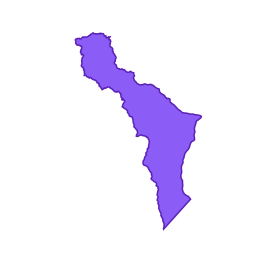 Puerres, Nariño, Colombia (Natural Earth projection), rotated 30°
{"feature_id": "7082276B46740439042483", "entity_name": "Puerres", "entity_type": "district", "adm_level": 2, "iso_a3": "COL", "parent_name": "Colombia", "parent_adm1": "Nariño", "projection": "natural_earth1", "projection_center": [-77.42, 0.8], "detail": "fine", "context": "isolated", "style": "filled", "palette": "violet", "viewbox_px": 256, "rotation_deg": 30, "n_neighbors": 0, "source": "geoboundaries", "source_scale": "gbopen_adm2", "svg_char_len": 5711}
<svg xmlns="http://www.w3.org/2000/svg" viewBox="0 0 256 256"><g transform="rotate(30 128 128)"><path d="M39.7,75.6L39.4,76.1L38.6,76.7L38.2,77.6L38.6,78.4L39.4,78.9L39.7,79.4L39.9,80.0L40.3,80.7L41.1,81.2L41.9,81.4L42.5,81.7L42.8,81.4L43.1,81.3L43.6,80.7L44.5,81.0L45.4,80.6L46.3,80.8L47.0,80.5L47.3,80.7L47.9,82.2L48.4,83.1L48.2,83.7L48.3,84.6L48.8,85.5L48.8,86.0L50.0,86.6L50.4,87.2L50.8,87.1L50.9,87.6L51.1,87.8L51.5,87.6L51.9,87.0L52.4,87.3L53.1,87.2L53.4,87.5L53.5,88.9L53.2,89.9L53.2,90.4L53.9,91.5L54.0,92.6L54.6,93.3L54.9,93.9L55.6,94.5L56.2,96.2L56.3,97.3L56.8,97.7L57.9,98.1L58.4,98.0L58.8,98.4L59.7,98.5L60.3,99.3L60.6,100.1L61.5,100.3L62.0,100.7L62.1,101.4L63.0,102.2L63.2,102.9L63.7,103.7L63.9,104.4L64.1,104.3L64.7,103.5L65.2,103.4L66.3,104.1L66.7,104.0L67.6,104.1L68.4,103.8L69.5,104.1L70.1,103.1L70.6,102.9L71.8,103.4L72.6,103.5L73.2,103.4L74.3,103.4L75.2,103.0L77.7,103.3L78.1,103.6L78.5,104.2L78.8,104.4L79.5,104.1L79.8,103.8L80.4,104.0L80.8,104.6L81.4,104.7L81.6,105.2L81.9,105.3L81.9,106.0L83.6,106.2L85.5,107.3L86.4,107.7L86.6,107.3L86.9,107.2L87.1,106.2L87.5,105.6L87.5,105.2L87.9,105.3L88.4,105.0L90.3,102.4L91.0,101.8L91.5,101.8L92.0,102.2L94.7,102.2L95.4,102.5L95.9,102.4L97.8,103.1L98.4,103.2L100.0,102.7L100.4,102.4L100.2,102.2L100.7,101.4L101.8,101.1L102.5,101.3L103.0,101.6L104.8,102.1L105.0,102.8L105.5,103.1L106.5,104.7L107.6,105.1L108.0,105.0L108.6,105.1L108.7,105.8L108.3,106.3L108.4,106.6L109.0,106.5L109.7,105.8L110.0,106.1L111.1,105.7L111.4,105.9L111.8,106.7L111.8,107.3L111.9,108.4L111.7,109.0L111.8,110.0L112.0,110.5L112.3,112.2L112.5,112.6L113.3,112.5L115.1,112.9L116.3,112.6L118.1,113.2L118.7,113.2L119.0,113.4L120.0,115.0L121.7,115.4L123.0,116.8L124.0,117.0L125.6,116.3L125.8,116.5L126.2,116.6L127.3,117.6L127.9,117.9L128.5,118.9L130.2,121.1L131.9,122.3L132.2,122.8L132.4,123.9L135.3,124.8L135.8,125.2L136.6,125.3L137.4,125.7L138.0,126.7L138.6,127.1L138.9,127.8L138.8,129.8L139.4,131.0L140.9,130.2L141.4,129.1L142.7,127.4L144.6,127.3L145.5,126.7L146.1,126.8L146.9,126.3L147.5,126.3L148.7,126.7L149.1,126.6L149.2,126.3L149.5,126.3L150.3,126.7L151.5,127.7L152.4,128.0L153.2,129.2L153.7,130.2L154.3,131.6L154.5,132.8L155.4,134.0L155.6,134.4L155.7,134.9L155.1,135.7L155.2,136.5L155.9,137.7L156.2,138.6L156.2,139.9L156.0,140.4L156.1,140.9L156.4,141.5L157.0,141.7L157.3,142.1L157.1,144.3L157.2,145.6L157.8,147.2L157.6,148.8L158.1,150.0L158.9,151.4L159.6,151.9L160.3,152.2L161.1,152.1L162.2,151.6L163.8,151.9L164.5,151.8L166.6,153.3L168.8,154.5L169.9,155.1L170.6,155.0L170.9,155.1L171.3,155.7L171.3,156.2L171.6,156.8L172.6,157.3L173.0,157.8L173.3,158.7L173.2,160.1L173.7,160.6L174.4,160.9L175.6,160.9L177.5,161.4L178.3,161.2L179.6,161.2L180.1,161.6L180.6,162.1L181.0,162.8L181.1,163.6L181.3,163.9L181.7,164.0L182.9,163.8L183.4,164.0L183.8,164.5L184.1,165.4L185.0,166.1L185.4,166.7L185.3,167.3L185.4,168.0L186.7,171.4L186.9,171.7L187.7,171.9L188.2,172.1L188.5,172.6L189.2,175.6L189.5,176.1L190.9,176.5L191.2,177.0L191.6,178.3L192.1,178.8L193.3,179.3L194.7,182.1L196.9,183.9L198.7,185.2L199.5,185.6L200.0,186.6L200.1,187.2L200.6,187.6L201.5,188.1L203.5,189.3L203.8,190.0L204.9,191.2L207.2,192.9L208.8,196.1L209.0,197.3L209.4,197.8L217.8,158.3L214.2,157.0L212.8,157.3L210.7,157.1L210.0,157.1L207.3,155.5L205.5,153.7L204.4,150.9L203.4,149.2L202.4,148.0L201.8,146.6L200.2,145.5L199.6,145.4L197.8,143.2L197.2,142.1L197.1,140.9L196.5,139.2L194.6,136.6L193.3,134.2L193.1,131.1L192.7,130.0L191.7,128.7L191.4,128.0L191.3,125.7L191.0,125.3L190.0,121.6L190.4,118.2L190.9,116.3L190.8,114.1L190.0,110.8L189.8,109.1L190.2,107.5L191.2,106.1L191.4,105.4L191.4,104.5L188.9,101.4L188.3,99.9L188.1,98.6L187.9,97.9L186.5,96.3L185.5,94.8L184.6,90.8L184.3,89.6L184.1,89.6L183.9,89.1L183.8,88.5L184.0,87.4L184.7,86.1L185.9,83.0L185.9,81.4L185.4,81.2L184.8,81.1L183.4,81.4L180.8,82.3L179.3,83.1L178.1,83.2L177.0,83.6L174.7,85.0L173.3,85.2L172.1,85.7L171.2,85.9L168.2,87.3L166.3,87.4L164.6,86.9L162.0,86.8L158.5,85.6L157.0,85.3L156.5,85.0L154.3,84.9L151.7,84.4L151.4,84.2L151.0,83.6L150.5,83.3L150.3,82.5L149.5,81.9L148.9,82.1L148.4,82.1L147.2,83.0L146.7,82.7L146.3,82.9L145.8,82.7L145.1,82.8L144.1,81.9L143.4,82.0L142.4,81.4L142.0,81.6L140.9,81.7L140.6,81.5L140.1,81.8L139.8,81.6L138.5,81.5L138.1,81.1L137.3,80.9L137.0,80.5L136.2,79.7L135.7,78.8L135.1,78.6L134.0,79.1L132.0,79.1L131.6,79.0L130.6,79.0L129.8,78.9L129.5,78.6L128.3,78.4L127.4,78.7L126.7,78.6L126.0,78.8L125.5,79.3L124.8,79.5L124.7,79.7L123.5,80.7L122.5,81.1L121.4,81.1L120.7,81.3L119.8,82.1L119.6,82.7L119.2,82.8L117.5,84.3L116.4,84.8L113.2,84.9L112.6,84.5L111.2,83.9L110.1,83.8L109.5,83.4L108.8,82.7L107.5,81.9L107.4,80.6L107.6,79.6L106.0,78.5L105.5,77.4L105.2,77.3L103.7,77.8L102.7,77.8L101.9,77.6L101.6,77.9L101.2,78.8L100.2,79.8L98.0,80.2L96.8,79.6L95.4,79.4L95.1,79.6L94.9,80.1L94.7,80.1L93.7,79.8L93.1,79.9L92.7,80.5L91.7,81.3L91.1,81.0L89.8,81.4L88.8,81.4L87.7,81.0L87.2,80.2L86.1,79.3L85.3,79.4L84.0,78.6L83.5,78.5L83.3,77.4L83.6,76.6L83.1,76.0L82.9,74.8L82.4,73.0L81.9,72.4L81.3,72.0L80.4,71.7L79.3,70.8L77.5,70.3L76.9,69.2L75.9,68.9L75.7,67.7L74.9,66.9L73.7,66.4L72.1,66.4L70.7,65.3L70.5,64.4L70.6,63.8L70.0,63.1L69.8,61.8L69.2,61.2L69.0,60.7L68.6,60.6L67.4,61.0L67.0,60.7L66.8,59.4L66.8,58.2L66.5,58.5L65.5,58.8L64.9,60.3L64.5,60.8L64.0,60.7L62.7,59.2L61.9,60.1L61.2,60.1L60.9,59.6L60.1,58.9L59.3,58.7L58.2,59.4L57.8,59.3L57.3,59.9L56.7,59.9L56.7,60.5L56.4,60.5L56.2,60.2L55.5,61.0L54.6,61.6L54.4,62.1L54.2,62.3L53.4,62.3L53.1,62.6L52.5,62.7L51.6,63.3L50.7,63.0L50.3,63.1L49.8,63.6L49.6,64.6L48.8,65.5L48.9,66.5L48.8,66.8L48.3,66.9L47.3,69.4L46.7,70.0L45.9,70.2L44.7,71.2L44.2,71.2L43.8,71.9L43.2,72.1L42.6,74.4L42.2,74.9L41.0,74.7L40.7,74.9L40.3,75.5L39.7,75.6Z" fill="#8b5cf6" stroke="#5b21b6" stroke-width="1.5"/></g></svg>